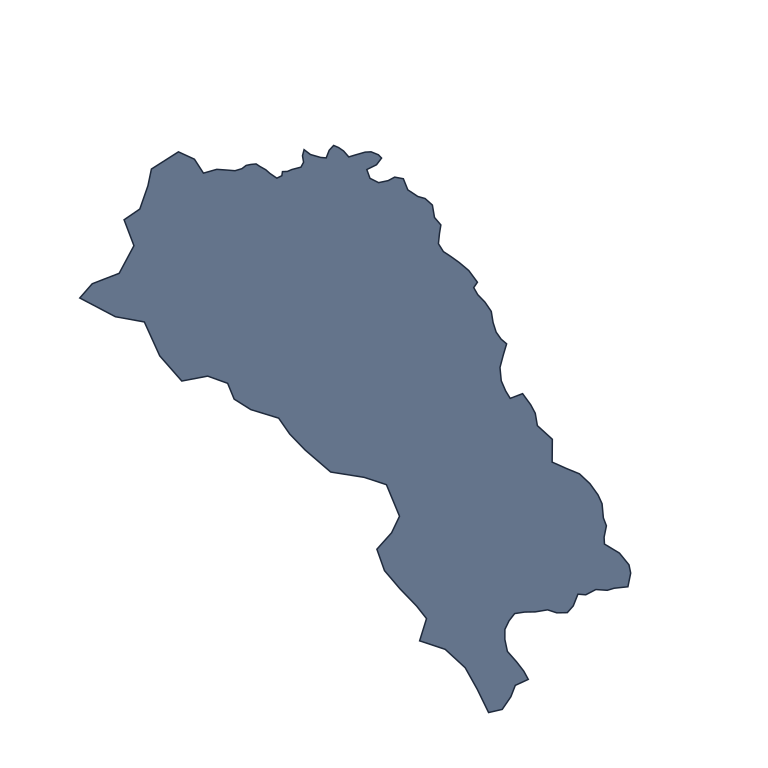 Lefkosia, Nicosia, Cyprus, rotated 46°
{"feature_id": "46923920B2904001069887", "entity_name": "Lefkosia", "entity_type": "district", "adm_level": 2, "iso_a3": "CYP", "parent_name": "Cyprus", "parent_adm1": "Nicosia", "projection": "robinson", "projection_center": [33.406, 35.18], "detail": "fine", "context": "isolated", "style": "filled", "palette": "slate", "viewbox_px": 768, "rotation_deg": 46, "n_neighbors": 0, "source": "geoboundaries", "source_scale": "gbopen_adm2", "svg_char_len": 1903}
<svg xmlns="http://www.w3.org/2000/svg" viewBox="0 0 768 768"><g transform="rotate(46 384 384)"><path d="M74.2,370.6L67.8,402.0L77.4,416.1L88.5,438.1L85.3,456.9L110.8,467.8L120.4,497.6L114.2,512.3L109.2,524.3L110.8,543.1L149.0,530.5L172.9,513.3L208.0,525.8L241.4,527.4L255.8,505.4L274.9,496.0L290.8,502.3L309.9,497.6L335.4,483.5L354.5,486.6L376.8,486.6L410.3,483.5L437.4,463.1L458.1,452.2L489.9,464.7L496.3,481.9L497.9,503.9L518.6,513.3L542.5,514.8L566.4,514.8L582.3,516.4L593.5,536.8L617.4,524.3L644.5,522.7L668.4,529.0L693.0,537.0L700.2,525.0L697.1,510.0L692.0,498.9L696.7,485.4L687.6,482.9L675.8,481.6L662.1,481.0L651.7,474.5L644.5,467.5L641.2,458.5L639.9,449.5L645.8,441.2L653.0,433.5L660.1,423.2L668.6,418.7L675.8,411.0L675.1,402.0L669.9,390.5L675.8,385.3L679.0,374.4L687.5,366.7L690.8,360.3L699.3,349.4L691.4,337.9L684.3,333.4L669.2,332.1L652.3,336.6L647.1,332.1L640.5,322.5L632.7,319.2L621.6,310.3L612.5,307.1L598.8,305.1L584.4,305.8L571.4,311.5L557.0,317.3L540.7,301.3L520.5,302.6L510.1,295.5L500.9,292.9L487.2,291.0L482.0,303.2L473.5,301.3L463.1,297.4L452.7,289.1L446.1,278.2L440.3,267.9L433.1,268.6L424.6,267.3L415.5,262.8L406.3,256.4L395.2,254.5L384.8,254.5L377.0,252.5L375.7,246.1L361.3,244.2L348.9,245.5L338.5,247.4L330.0,249.3L320.9,247.4L314.4,239.7L309.1,232.6L299.3,232.0L288.9,224.9L279.1,225.6L272.6,229.4L260.9,232.0L249.8,227.5L242.6,232.6L240.6,239.7L235.4,248.0L226.3,251.2L217.8,247.4L221.1,237.1L219.8,228.8L215.2,228.8L208.0,232.0L204.1,236.5L199.1,245.9L196.2,251.6L188.3,251.2L182.4,252.4L177.4,254.5L177.8,261.1L181.2,268.5L177.0,272.2L167.8,277.5L159.9,278.7L163.2,284.1L168.6,287.8L170.3,293.1L165.7,301.3L164.0,305.8L160.7,309.5L163.2,312.8L161.5,318.1L153.2,319.8L147.8,320.2L141.1,322.2L136.9,323.1L133.6,327.2L131.0,331.3L130.4,336.6L127.1,343.0L120.3,349.0L113.4,355.2L106.9,367.4L90.6,364.2L74.2,370.6Z" fill="#64748b" stroke="#1e293b" stroke-width="1.5"/></g></svg>